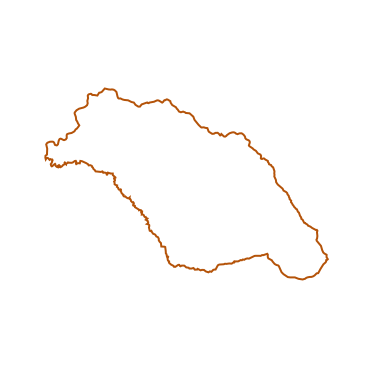 the district of Caicedonia, Valle del Cauca, Colombia, rotated 297°
{"feature_id": "7082276B66968724645536", "entity_name": "Caicedonia", "entity_type": "district", "adm_level": 2, "iso_a3": "COL", "parent_name": "Colombia", "parent_adm1": "Valle del Cauca", "projection": "orthographic", "projection_center": [-75.855, 4.307], "detail": "fine", "context": "isolated", "style": "outline", "palette": "amber", "viewbox_px": 384, "rotation_deg": 297, "n_neighbors": 0, "source": "geoboundaries", "source_scale": "gbopen_adm2", "svg_char_len": 6028}
<svg xmlns="http://www.w3.org/2000/svg" viewBox="0 0 384 384"><g transform="rotate(297 192 192)"><path d="M256.4,188.0L255.3,186.0L253.9,185.1L253.0,183.6L253.3,179.9L253.6,179.2L255.9,176.7L255.2,174.7L255.0,173.2L253.8,171.2L253.8,170.6L254.8,167.4L257.1,162.2L257.5,161.4L259.7,159.0L261.0,154.1L259.6,150.6L259.8,149.8L259.6,147.6L258.0,145.9L257.8,143.9L259.1,141.6L259.3,140.6L260.2,139.3L260.5,134.9L261.9,132.4L263.1,131.4L263.3,128.2L262.9,127.2L261.7,126.6L261.4,125.9L260.8,125.6L259.2,125.4L258.1,124.8L258.4,121.3L258.2,120.0L257.6,119.1L255.2,117.2L252.3,113.4L251.5,113.1L251.2,112.1L251.4,111.5L251.0,111.0L247.2,107.4L244.4,106.8L243.7,105.4L244.0,102.1L245.3,99.6L244.7,97.2L244.7,93.5L243.3,89.9L242.9,88.0L242.9,85.8L242.1,84.5L242.1,83.7L243.1,82.4L246.8,79.3L247.5,77.2L247.6,75.8L247.1,74.1L246.3,73.0L245.6,71.3L244.6,67.3L240.3,66.2L239.2,65.4L238.3,64.2L235.0,63.9L234.0,60.8L233.3,59.5L233.2,58.7L233.7,57.9L233.6,57.3L232.3,55.8L231.6,55.4L230.5,55.4L228.4,56.8L225.6,57.4L223.7,58.8L221.7,59.1L219.6,58.2L218.0,57.0L215.0,53.6L212.4,52.0L209.6,51.4L208.6,51.8L206.2,54.4L203.6,56.1L202.7,57.7L201.3,59.4L200.2,61.3L199.1,61.2L196.1,60.6L195.0,59.9L192.8,59.7L192.0,59.3L189.9,57.9L188.3,55.8L186.9,54.5L185.8,54.5L183.2,55.9L181.6,55.7L180.3,54.7L180.0,54.1L180.0,51.3L179.8,50.6L179.1,50.0L177.5,49.9L173.6,50.9L172.3,50.5L172.0,50.1L171.8,48.5L173.4,46.7L173.7,45.6L173.5,44.8L172.3,42.6L170.5,41.0L169.6,40.6L168.2,40.5L164.9,43.3L159.5,45.8L157.8,45.0L156.1,45.7L154.7,46.9L156.1,47.0L156.7,47.6L156.8,48.5L156.0,50.5L157.0,50.9L157.0,52.0L157.5,52.5L157.4,52.9L156.9,53.4L155.6,53.5L154.6,53.8L152.7,53.5L151.5,54.5L151.2,55.4L151.7,55.9L152.8,56.1L154.9,57.2L154.8,57.5L153.5,58.5L153.0,60.0L153.2,61.5L154.0,61.4L154.6,60.7L155.6,61.3L155.3,62.4L154.2,63.0L154.3,63.5L155.9,64.5L157.5,64.9L158.3,65.5L159.3,65.8L160.2,65.2L160.6,65.3L160.5,65.7L159.6,66.3L159.4,67.3L160.3,67.0L161.4,68.1L162.1,68.1L162.3,69.1L163.3,71.4L164.1,72.3L166.4,73.5L167.0,74.3L166.7,74.9L164.5,75.8L164.3,76.2L165.9,77.2L166.6,79.0L169.0,78.4L169.5,80.0L169.7,84.7L169.5,86.9L168.8,87.8L169.7,89.2L169.8,90.7L169.5,91.4L168.9,91.7L168.7,92.7L167.8,93.7L167.4,95.4L166.6,96.7L168.5,101.7L169.7,102.8L169.6,103.3L168.9,103.8L168.9,104.3L169.7,105.4L170.0,107.1L168.8,108.1L168.8,108.4L169.2,108.6L170.6,108.0L171.1,108.2L171.1,109.4L171.5,110.2L171.4,110.9L172.5,113.0L171.1,113.8L170.2,117.2L169.9,117.3L168.8,116.3L168.3,116.7L168.0,117.7L167.1,118.2L166.0,117.8L165.0,118.9L163.8,119.5L163.6,120.4L163.9,122.3L162.5,122.7L162.3,124.2L161.5,124.8L161.0,125.7L161.1,126.2L162.0,127.2L161.9,127.6L161.5,127.9L160.8,127.7L160.4,127.9L159.9,128.9L158.9,130.0L158.8,130.9L158.1,131.8L158.3,132.3L157.4,132.8L157.2,133.7L157.8,134.5L157.3,136.2L157.3,137.6L157.5,138.3L158.6,138.8L157.8,139.0L157.9,139.7L157.5,139.9L157.4,140.8L156.3,141.7L155.6,143.7L156.2,144.3L155.6,145.3L154.1,145.7L153.6,145.4L153.3,145.7L153.3,146.4L153.7,147.4L152.6,148.1L152.2,152.7L151.7,153.1L152.3,153.7L152.6,154.9L152.4,155.5L151.7,155.5L150.9,155.9L151.5,156.6L149.1,157.5L149.6,158.1L149.5,159.5L148.5,160.7L148.2,162.1L148.6,162.3L148.0,163.2L148.1,164.2L146.3,163.5L146.3,165.4L145.8,165.6L145.2,166.7L144.0,167.0L143.1,166.5L143.4,168.1L143.1,168.9L142.3,169.4L140.9,169.7L138.3,171.9L138.3,172.8L139.0,173.4L137.9,174.8L137.1,176.5L137.4,177.9L137.1,179.0L136.2,180.4L136.3,182.1L135.4,183.5L133.8,184.4L133.0,185.7L132.4,187.5L129.5,189.4L130.8,192.4L130.8,193.1L127.8,195.2L125.4,196.6L125.0,197.5L122.8,199.2L122.8,199.4L123.5,199.9L123.4,200.2L121.6,200.4L120.0,201.7L119.8,203.1L118.8,203.4L118.2,204.3L118.2,205.0L117.8,206.2L117.8,209.1L117.3,209.6L117.2,210.0L117.8,211.2L118.7,211.6L120.9,212.9L121.3,213.8L120.6,214.9L120.6,215.5L121.8,216.3L122.9,218.6L122.2,221.1L123.0,223.4L122.6,224.4L123.6,226.4L124.9,227.7L124.8,228.3L124.2,229.3L124.1,230.0L124.7,230.6L125.1,231.7L126.1,231.9L126.1,235.2L127.1,236.2L128.0,238.0L127.5,240.4L127.9,243.1L129.4,244.0L129.7,245.5L132.3,246.3L133.3,247.5L133.6,248.2L138.4,248.3L139.7,249.2L142.1,253.2L143.1,254.0L143.5,255.2L145.2,257.6L146.2,259.9L147.6,260.6L148.4,261.7L148.8,261.7L149.1,261.1L149.5,261.2L149.7,261.9L151.2,264.7L153.4,266.2L153.8,267.4L154.9,267.9L155.4,269.4L156.4,269.9L157.3,270.7L158.0,271.6L158.5,273.0L163.4,276.7L164.2,277.9L166.3,282.2L167.6,283.1L168.2,284.3L171.1,287.1L170.7,287.9L168.5,289.0L167.5,290.1L167.4,294.1L166.7,295.2L165.4,298.3L165.3,300.3L165.7,302.2L165.4,303.0L161.2,308.2L160.3,310.9L159.7,316.0L160.5,318.3L162.6,322.4L163.0,326.3L164.3,330.3L166.1,332.2L167.4,332.8L168.4,333.7L169.6,335.2L170.6,337.0L171.8,338.2L173.3,339.1L176.1,340.0L177.0,341.3L181.7,341.4L187.2,341.9L190.0,343.0L191.1,343.0L192.2,342.5L193.0,343.3L193.8,343.5L195.0,341.5L197.2,340.4L197.3,337.9L197.7,336.4L199.3,334.4L202.5,331.4L205.2,325.2L206.1,324.5L207.2,324.6L209.7,323.7L213.1,321.5L214.3,321.4L214.9,320.4L214.4,319.6L214.5,315.2L214.9,313.3L214.7,310.6L215.2,310.0L215.4,309.1L215.5,307.2L215.8,306.9L215.5,305.9L217.5,303.2L217.7,301.6L218.9,300.8L219.8,299.1L222.2,296.6L222.5,295.3L224.2,293.3L224.2,292.0L224.8,291.1L225.0,290.0L226.1,288.3L226.3,287.5L227.3,286.3L227.9,284.8L229.3,284.3L229.9,282.3L230.2,282.0L230.8,281.9L231.5,280.7L232.6,279.8L233.2,278.2L234.2,277.4L234.7,275.9L234.8,272.9L236.1,271.2L237.6,265.0L238.9,262.6L240.9,261.2L243.2,258.3L244.8,257.7L245.7,257.0L248.0,256.0L250.8,253.1L251.1,251.3L251.9,250.3L251.7,248.1L252.6,247.3L253.2,246.1L254.1,245.5L254.2,242.5L254.6,241.1L254.2,240.2L253.2,239.4L253.0,238.6L253.3,238.0L255.5,237.2L256.4,236.0L256.3,233.1L257.7,230.3L257.9,227.5L258.4,226.3L258.9,222.2L259.4,221.5L262.1,221.1L262.9,220.7L263.5,220.0L263.8,219.0L263.6,216.7L263.8,215.8L264.3,214.9L265.3,214.2L265.7,213.6L266.5,211.8L266.8,210.0L266.8,209.5L265.8,207.7L264.2,206.3L264.0,204.6L264.3,203.8L264.2,202.3L263.4,200.8L261.4,198.8L258.5,197.3L257.5,197.1L256.3,196.3L256.0,195.2L257.0,191.8L255.4,191.7L255.2,191.2L256.0,189.7L256.4,188.0Z" fill="none" stroke="#b45309" stroke-width="2"/></g></svg>